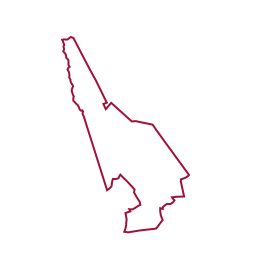 outline of Nakuru Town West, Rift Valley, Kenya, rotated 162°
{"feature_id": "3690345B66504215806483", "entity_name": "Nakuru Town West", "entity_type": "district", "adm_level": 2, "iso_a3": "KEN", "parent_name": "Kenya", "parent_adm1": "Rift Valley", "projection": "mercator", "projection_center": [36.068, -0.37], "detail": "fine", "context": "isolated", "style": "outline", "palette": "rose", "viewbox_px": 256, "rotation_deg": 162, "n_neighbors": 0, "source": "geoboundaries", "source_scale": "gbopen_adm2", "svg_char_len": 2065}
<svg xmlns="http://www.w3.org/2000/svg" viewBox="0 0 256 256"><g transform="rotate(162 128 128)"><path d="M132.6,23.7L132.0,24.0L130.9,24.6L126.4,27.8L123.5,29.7L123.6,31.7L123.8,34.7L123.1,38.8L122.4,41.1L122.1,41.8L120.0,40.3L119.3,42.0L118.1,42.5L117.4,42.8L114.8,43.7L111.1,42.6L108.3,43.3L106.2,44.9L107.4,47.6L107.6,48.5L103.4,47.7L95.8,45.5L94.3,60.9L93.5,62.8L88.9,62.9L85.5,63.8L84.5,64.5L86.0,69.2L88.0,75.3L90.1,81.6L91.8,86.8L93.8,93.1L95.2,97.3L97.2,103.3L99.1,109.4L101.2,115.7L102.2,119.1L102.8,121.2L103.6,123.6L107.8,126.0L114.2,129.6L118.4,132.1L122.4,133.1L136.2,157.1L143.3,152.8L143.6,155.4L143.9,158.5L140.3,158.6L140.7,161.1L141.3,165.3L143.9,183.5L144.8,188.0L146.6,197.7L148.2,207.2L149.9,217.2L150.0,218.0L151.6,227.7L152.0,230.3L154.2,232.2L155.3,231.9L156.6,231.4L158.2,230.9L159.2,231.1L161.4,232.0L163.3,232.3L163.2,231.3L163.1,230.2L163.0,228.2L163.0,227.3L163.0,226.6L164.3,225.3L164.3,223.0L165.3,221.5L165.9,220.7L165.0,219.0L164.5,217.2L164.6,215.9L165.0,214.0L164.1,212.1L163.7,211.3L164.3,208.6L164.8,207.7L165.1,206.4L164.7,205.2L164.6,204.2L166.0,203.7L167.3,202.7L167.3,201.7L166.9,199.4L166.9,198.7L167.1,198.0L167.4,196.2L167.8,195.2L168.3,194.3L167.8,191.9L168.2,190.3L168.2,188.6L167.6,186.7L167.3,184.6L168.9,182.8L169.9,181.2L170.1,179.1L170.1,177.9L170.1,176.3L169.8,174.7L170.5,173.9L171.3,171.9L171.5,170.6L170.5,168.7L170.2,168.0L169.9,167.3L168.7,165.2L168.3,162.9L168.2,160.4L167.2,158.9L166.0,158.9L165.7,157.6L166.8,155.6L166.7,154.0L166.5,152.9L167.1,75.3L164.2,76.3L162.5,77.2L161.8,77.6L161.3,78.4L160.2,80.8L159.8,81.5L159.3,82.4L158.1,84.2L156.3,83.6L155.4,83.3L154.7,83.2L152.7,83.1L151.2,84.7L150.6,85.3L149.7,86.0L147.8,82.2L145.3,77.4L141.8,70.0L140.8,67.3L142.2,64.9L141.3,60.3L140.6,57.5L139.7,54.2L140.0,51.1L142.3,50.8L146.2,49.7L149.0,49.2L151.9,50.4L151.6,48.0L154.2,48.0L156.7,47.9L157.1,44.7L157.6,41.3L158.9,38.6L159.8,36.0L161.9,32.6L163.6,30.5L160.1,28.7L157.3,28.3L153.8,27.7L149.5,27.1L148.5,26.9L142.4,25.7L135.7,24.3L132.6,23.7Z" fill="none" stroke="#9f1239" stroke-width="2"/></g></svg>